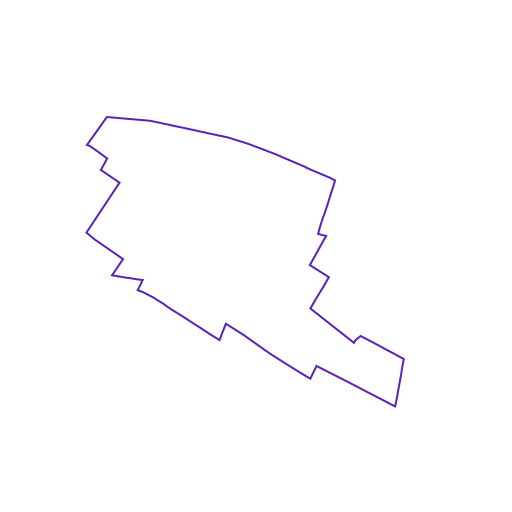 Calmatuiu De Sus, Teleorman, Romania, rotated 221°
{"feature_id": "2599482B3136924676864", "entity_name": "Calmatuiu De Sus", "entity_type": "district", "adm_level": 2, "iso_a3": "ROU", "parent_name": "Romania", "parent_adm1": "Teleorman", "projection": "natural_earth1", "projection_center": [24.795, 44.054], "detail": "fine", "context": "isolated", "style": "outline", "palette": "violet", "viewbox_px": 512, "rotation_deg": 221, "n_neighbors": 0, "source": "geoboundaries", "source_scale": "gbopen_adm2", "svg_char_len": 2305}
<svg xmlns="http://www.w3.org/2000/svg" viewBox="0 0 512 512"><g transform="rotate(221 256 256)"><path d="M149.4,196.4L148.5,196.6L145.9,197.0L139.7,198.1L136.3,198.7L134.5,199.0L135.4,202.3L138.2,212.7L132.5,214.1L102.7,221.6L85.0,225.8L82.9,226.3L63.7,231.0L58.2,232.3L54.4,233.2L52.3,233.8L52.4,234.0L52.6,234.3L52.8,234.5L53.0,235.1L53.4,235.7L54.1,237.0L54.6,237.8L55.4,239.2L55.9,240.1L56.4,241.0L56.6,241.5L56.9,241.9L57.2,242.4L57.4,242.8L57.9,243.6L58.5,244.5L59.0,245.3L59.3,245.8L59.7,246.4L59.9,246.9L60.4,247.7L60.9,248.6L61.3,249.2L61.9,250.2L62.4,251.1L63.3,252.6L64.4,254.5L66.0,257.2L67.0,258.8L68.1,260.7L68.6,261.6L69.6,263.2L71.3,265.7L76.9,275.2L80.3,274.4L87.4,272.9L94.2,271.3L94.5,271.2L99.0,270.2L110.8,267.6L114.0,266.8L118.5,265.7L120.6,265.2L124.5,264.3L124.8,262.5L125.1,261.3L125.7,257.5L125.6,257.1L125.1,254.7L138.6,254.1L158.7,253.1L180.5,252.1L180.6,252.6L182.0,259.8L183.3,266.7L185.0,277.2L187.1,287.8L201.9,285.6L209.4,284.5L211.2,293.2L214.0,306.2L216.2,317.1L223.6,313.4L226.6,319.5L230.2,327.8L231.6,331.5L232.1,333.1L233.8,337.0L235.0,340.0L236.7,344.0L237.1,344.8L238.2,347.3L239.6,350.5L241.0,353.6L241.9,355.8L243.0,358.6L246.0,365.0L248.7,364.1L251.8,363.5L259.6,360.9L261.2,360.4L267.2,358.4L275.8,355.7L275.9,355.9L284.2,353.3L298.0,348.8L308.5,345.5L314.4,343.3L322.4,340.4L332.7,336.6L336.5,335.1L352.3,328.2L354.9,327.1L369.8,318.8L384.7,310.7L424.6,288.6L424.9,288.4L456.1,265.7L459.3,263.3L459.7,263.0L459.7,262.7L458.5,250.8L456.4,228.9L452.9,230.1L444.2,231.0L435.1,231.7L433.4,231.8L432.3,231.9L429.5,219.3L429.5,219.2L414.0,221.0L407.1,221.8L403.1,191.3L399.3,162.4L387.7,162.7L376.5,164.0L355.5,166.3L354.3,166.4L352.0,147.0L350.7,147.8L346.7,150.2L340.7,153.9L335.3,157.4L330.7,160.2L325.8,163.5L324.8,160.1L322.8,152.6L322.1,152.8L318.1,154.4L310.2,156.4L306.1,157.4L302.8,157.8L295.1,159.1L292.8,159.3L290.6,159.5L284.4,160.2L281.6,160.7L279.9,161.0L271.1,162.4L263.8,163.4L261.0,163.8L252.0,165.1L238.8,166.9L228.4,168.6L230.2,173.6L232.5,180.0L234.3,185.1L224.0,186.7L215.4,188.0L211.4,188.5L207.1,188.9L202.8,189.3L196.2,190.0L192.3,190.4L188.7,190.7L184.4,191.2L180.6,191.6L170.5,193.1L168.6,193.4L168.0,193.5L165.2,193.9L159.4,194.8L155.3,195.5L155.1,195.5L152.1,196.0L149.4,196.4Z" fill="none" stroke="#5b21b6" stroke-width="2"/></g></svg>